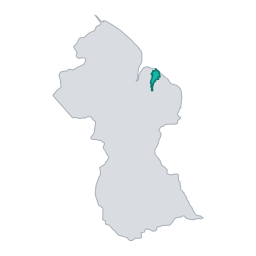 IV-2 Buxton/Mahaica, Demerara-Mahaica, Guyana shown in context
{"feature_id": "73187651B35939089598366", "entity_name": "IV-2 Buxton/Mahaica", "entity_type": "district", "adm_level": 2, "iso_a3": "GUY", "parent_name": "Guyana", "parent_adm1": "Demerara-Mahaica", "projection": "orthographic", "projection_center": [-58.08, 6.451], "detail": "fine", "context": "in_parent", "style": "filled", "palette": "teal", "viewbox_px": 256, "rotation_deg": 0, "n_neighbors": 0, "source": "geoboundaries", "source_scale": "gbopen_adm2", "svg_char_len": 5317}
<svg xmlns="http://www.w3.org/2000/svg" viewBox="0 0 256 256"><path d="M72.7,117.9L66.3,110.7L59.8,103.4L53.5,96.2L53.0,95.2L55.7,91.8L58.1,89.4L60.1,88.0L61.1,86.8L60.4,81.6L60.4,79.7L59.5,77.6L58.9,75.3L59.7,73.4L60.6,72.1L61.9,71.6L64.9,71.1L67.0,70.9L67.7,70.2L68.9,69.3L70.5,69.3L73.7,69.9L75.1,68.7L77.7,67.2L83.5,64.5L84.8,62.7L85.8,60.0L85.7,58.7L85.1,58.2L83.6,57.8L81.4,57.7L79.7,58.4L77.8,58.0L76.3,56.3L76.2,54.9L77.1,53.0L76.6,51.6L73.8,47.5L73.8,46.3L75.9,44.5L77.1,42.9L78.8,39.1L80.1,37.9L84.1,37.4L85.1,36.6L87.2,34.6L90.3,32.4L94.7,30.6L96.0,27.2L96.8,26.3L100.3,24.6L100.9,23.7L100.8,22.8L95.2,15.4L96.4,15.9L100.7,20.8L103.1,21.8L103.6,21.8L103.6,20.6L105.9,21.1L111.6,24.5L120.0,30.0L131.8,40.4L135.1,44.4L137.4,46.2L140.9,50.8L141.9,53.0L141.8,61.8L138.7,67.8L137.9,72.3L137.7,78.2L135.9,81.7L138.3,79.8L139.1,74.4L141.1,71.1L143.8,67.5L147.3,66.7L151.2,68.2L154.3,68.5L157.0,69.6L162.8,75.3L168.4,79.8L170.5,83.5L176.5,85.3L180.0,88.2L181.1,90.7L181.9,97.2L180.7,107.0L181.0,107.5L179.4,109.4L179.1,110.7L178.1,112.8L177.3,114.0L178.5,116.8L179.8,116.9L180.3,117.2L180.7,117.7L180.6,118.3L180.1,118.8L178.8,119.5L177.5,121.1L177.7,122.8L176.9,123.7L174.4,124.2L169.6,124.2L167.2,124.3L165.3,124.6L164.0,125.7L162.4,126.5L161.2,126.7L160.1,128.0L159.0,129.8L159.4,131.1L160.5,132.8L161.2,134.5L160.3,137.3L159.3,139.5L158.8,141.1L158.0,144.3L156.1,147.7L154.8,149.7L154.8,151.9L155.5,154.9L159.3,159.4L160.5,161.5L161.6,164.9L165.0,167.6L167.2,169.8L167.0,172.7L167.3,173.5L168.6,174.3L170.2,174.8L172.1,174.8L173.7,174.5L174.0,174.1L177.8,174.1L178.2,174.8L178.4,178.9L178.6,180.6L179.5,181.3L180.0,182.3L180.0,183.2L180.2,185.5L180.7,186.7L180.7,189.2L181.0,190.1L182.1,190.7L183.4,192.5L183.9,192.7L184.1,193.3L185.2,195.8L185.8,196.6L186.2,196.7L186.4,197.6L187.2,199.9L187.7,200.5L188.8,202.2L189.2,204.1L190.6,206.2L192.0,207.7L192.6,209.3L194.4,212.7L196.2,215.1L198.5,215.7L200.5,216.0L201.8,216.9L203.0,217.9L201.7,218.4L200.5,219.0L198.9,218.5L196.6,218.8L194.3,219.5L192.1,219.8L188.0,218.8L186.8,218.6L186.0,218.1L184.3,216.0L183.5,215.8L181.3,216.8L178.7,217.5L177.4,217.3L175.9,218.1L174.5,219.0L171.8,223.1L170.4,224.6L168.9,225.3L165.9,225.3L162.7,225.4L160.3,226.4L158.1,226.9L157.0,227.0L156.6,229.3L156.1,230.3L155.4,230.9L153.7,231.1L152.1,231.0L151.1,230.1L149.4,229.6L147.8,229.3L146.8,228.7L146.0,228.8L145.3,229.8L144.8,230.6L144.3,232.1L142.0,232.6L140.9,233.4L141.5,236.2L141.3,237.3L140.8,238.1L137.9,238.3L135.5,238.2L134.1,239.2L132.3,240.4L131.3,240.6L130.0,240.6L128.3,239.2L126.8,237.5L122.7,236.3L118.7,235.3L116.1,232.6L115.4,231.2L114.2,230.6L111.1,227.4L109.4,225.3L107.5,224.8L105.4,223.9L105.4,222.4L105.3,221.0L104.4,220.4L103.1,220.0L102.6,219.2L102.8,217.3L103.0,212.4L102.7,207.8L99.8,206.1L98.5,205.0L96.4,198.1L95.3,195.0L95.3,192.7L96.0,185.8L96.9,182.8L99.1,176.9L100.4,174.8L100.5,173.3L100.3,171.4L99.7,167.5L103.4,165.1L105.1,164.1L105.3,162.5L107.3,160.5L108.2,158.5L109.0,157.0L108.8,156.2L107.9,155.7L106.9,154.2L104.7,150.0L103.9,149.1L103.3,148.0L103.6,146.1L104.5,144.1L104.4,143.2L103.1,142.1L100.4,140.3L98.2,140.2L96.4,139.5L93.9,139.4L91.9,139.2L90.8,138.5L91.0,137.4L91.5,136.6L93.2,134.4L94.3,132.2L94.5,130.0L94.9,127.1L95.4,124.5L95.6,121.7L93.0,119.8L92.1,118.3L91.0,116.9L89.8,116.9L88.0,116.3L85.1,118.1L82.9,117.7L81.3,118.4L77.8,118.2L75.5,117.4L72.7,117.9Z" fill="#d9dde1" stroke="#a8b0b8" stroke-width="1"/><path d="M152.6,90.6L152.6,90.3L152.6,90.1L152.6,89.7L152.5,89.3L152.5,89.0L152.5,88.6L152.4,88.3L152.4,87.9L152.5,87.6L152.5,87.3L152.5,87.0L152.5,86.7L152.5,86.4L152.7,86.0L152.8,85.8L152.9,85.5L152.9,85.2L153.0,84.9L153.1,84.6L153.2,84.3L153.2,84.0L153.4,83.7L153.6,83.4L153.8,83.1L153.8,82.7L153.9,82.3L154.0,82.1L154.2,81.8L154.5,81.7L154.6,81.4L154.8,81.3L155.1,81.2L155.4,81.1L155.5,80.8L155.6,80.5L155.7,80.2L155.9,79.9L156.2,79.6L156.4,79.4L156.6,79.2L157.0,79.1L157.3,79.2L157.6,79.2L158.0,79.3L158.3,79.3L158.5,79.2L158.6,78.9L158.5,78.6L158.5,78.3L158.5,78.0L158.5,77.7L158.4,77.5L158.2,77.2L158.2,76.9L158.6,76.7L159.0,76.7L159.4,76.8L159.6,76.9L159.9,76.9L160.0,76.5L160.0,76.2L159.9,76.0L159.8,75.7L159.8,75.4L159.7,75.0L159.7,74.7L159.6,74.4L159.5,74.1L159.4,73.9L159.2,73.6L159.0,73.3L158.9,73.1L158.9,72.8L159.1,72.5L159.2,72.2L158.2,71.2L157.1,70.3L156.8,70.0L156.4,69.7L156.2,69.2L155.9,69.0L155.5,70.2L155.5,70.5L155.2,70.8L154.9,71.0L154.6,70.9L154.4,70.8L154.0,70.7L153.7,70.6L153.4,70.6L153.0,70.7L152.9,70.9L152.8,71.2L152.7,71.6L152.7,71.8L152.5,72.2L152.3,72.4L152.1,72.6L152.0,72.9L151.8,73.2L151.6,73.5L151.5,73.8L151.4,74.0L151.2,74.3L151.3,74.6L151.5,74.7L152.0,74.5L152.2,74.3L152.5,74.3L152.8,74.5L152.7,74.9L152.6,75.2L152.5,75.5L152.5,75.9L152.3,76.3L152.2,76.7L152.2,76.9L152.1,77.3L152.0,77.5L152.0,77.9L152.0,78.1L152.0,78.4L151.9,78.7L151.8,79.0L151.6,79.2L151.5,79.5L151.3,79.8L151.2,80.2L151.0,80.5L150.9,80.8L150.9,81.2L150.8,81.4L150.7,81.8L150.7,82.1L150.6,82.5L150.6,83.1L150.6,83.4L150.8,83.7L151.1,83.9L151.3,84.0L151.6,84.0L151.9,84.2L151.9,84.4L151.8,84.7L151.6,84.9L151.5,85.2L151.3,85.5L151.1,85.8L150.9,86.1L150.9,86.3L150.9,86.6L151.1,86.9L151.3,87.2L151.4,87.4L151.5,87.7L151.6,88.0L151.7,88.4L151.7,88.8L151.7,89.2L151.6,89.5L151.7,89.8L151.7,90.1L151.6,90.3L151.6,90.5L152.0,90.7L152.3,90.6L152.6,90.6Z" fill="#14b8a6" stroke="#0f766e" stroke-width="1.5"/></svg>